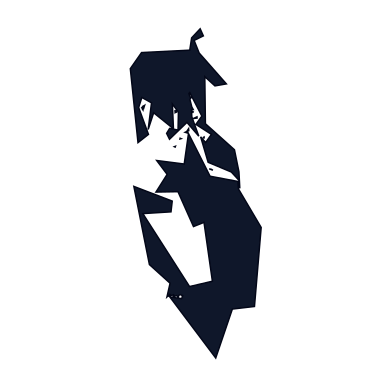 the district of Chepigana, Darién, Panama, rotated 5°
{"feature_id": "35544464B97743116241572", "entity_name": "Chepigana", "entity_type": "district", "adm_level": 2, "iso_a3": "PAN", "parent_name": "Panama", "parent_adm1": "Darién", "projection": "mercator", "projection_center": [-78.199, 8.103], "detail": "medium", "context": "isolated", "style": "filled", "palette": "ink", "viewbox_px": 384, "rotation_deg": 5, "n_neighbors": 0, "source": "geoboundaries", "source_scale": "gbopen_adm2", "svg_char_len": 1953}
<svg xmlns="http://www.w3.org/2000/svg" viewBox="0 0 384 384"><g transform="rotate(5 192 192)"><path d="M197.8,286.4L144.9,217.8L172.8,213.6L173.1,202.8L133.6,191.5L155.9,268.0L178.1,284.8L176.2,298.7L179.4,295.2L178.7,297.5L182.6,295.9L183.0,296.5L182.4,297.4L183.1,298.1L184.8,296.8L185.5,296.5L187.6,298.1L187.5,297.4L187.9,296.5L187.7,296.1L189.1,295.3L191.4,295.8L191.8,296.1L191.7,296.4L191.2,296.5L191.6,297.2L190.9,299.1L179.1,298.5L230.1,355.3L242.4,305.1L264.2,300.6L264.0,221.3L238.0,184.9L236.8,177.5L208.6,174.7L183.4,134.1L181.8,164.8L154.1,163.7L165.7,176.6L156.1,195.2L178.0,192.9L196.5,226.3L206.6,221.2L220.1,279.1L197.8,286.4ZM119.8,74.5L133.9,147.5L143.6,138.4L131.5,112.5L133.8,102.2L143.9,106.7L142.9,133.5L146.9,116.4L168.0,130.6L164.8,106.0L171.5,113.7L172.7,131.5L164.2,130.6L161.6,135.8L165.0,141.4L180.9,123.1L193.9,135.8L185.3,117.2L184.2,109.8L186.0,109.7L184.4,107.3L181.8,99.9L183.2,97.6L181.8,97.5L181.4,96.9L180.3,94.1L181.1,93.1L195.2,115.5L190.0,124.3L206.3,132.9L201.3,141.5L195.8,136.3L205.5,161.0L229.5,168.7L237.9,176.4L239.3,184.2L237.0,167.8L230.6,146.2L199.4,122.8L194.7,76.0L205.6,84.3L216.8,81.3L187.0,52.9L180.9,40.8L189.7,35.5L185.9,28.7L178.2,38.5L177.4,50.9L129.6,57.5L119.8,74.5ZM190.4,116.7L186.9,118.7L190.6,117.9L190.4,116.7ZM182.5,131.6L180.0,133.1L182.7,133.7L182.5,131.6ZM210.9,168.5L209.3,167.7L207.1,167.4L210.9,168.5ZM183.1,129.2L182.1,131.0L183.4,131.0L183.1,129.2ZM199.5,137.6L199.2,136.2L198.7,136.6L199.5,137.6ZM186.2,112.1L185.0,111.2L186.0,112.4L186.2,112.1ZM134.7,112.3L135.6,112.4L135.4,111.3L134.7,112.3ZM136.1,113.0L135.3,113.6L136.0,114.5L136.1,113.0ZM171.5,147.9L170.5,148.4L171.3,148.7L171.5,147.9ZM168.5,114.3L169.3,113.9L168.5,113.2L168.5,114.3ZM137.2,109.9L136.6,110.4L136.9,111.3L137.2,109.9ZM168.9,112.7L168.0,112.7L168.2,113.8L168.7,112.8L169.5,113.7L168.9,112.7ZM176.4,139.8L175.5,139.5L175.4,140.2L176.4,139.8Z" fill="#0f172a" stroke="#020617" stroke-width="1.5"/></g></svg>